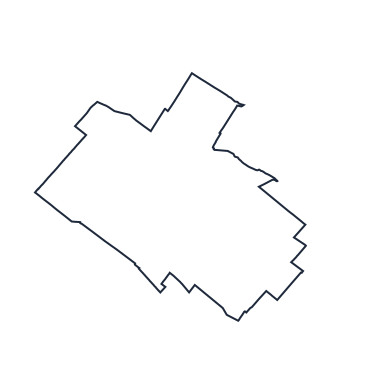 Redea, Olt, Romania (Robinson projection), rotated 30°
{"feature_id": "2599482B70526693367132", "entity_name": "Redea", "entity_type": "district", "adm_level": 2, "iso_a3": "ROU", "parent_name": "Romania", "parent_adm1": "Olt", "projection": "robinson", "projection_center": [24.25, 44.051], "detail": "fine", "context": "isolated", "style": "outline", "palette": "slate", "viewbox_px": 384, "rotation_deg": 30, "n_neighbors": 0, "source": "geoboundaries", "source_scale": "gbopen_adm2", "svg_char_len": 5436}
<svg xmlns="http://www.w3.org/2000/svg" viewBox="0 0 384 384"><g transform="rotate(30 192 192)"><path d="M296.4,280.4L296.5,280.1L296.6,279.1L296.6,278.3L296.6,277.4L296.8,275.1L297.0,272.8L297.1,270.4L297.1,269.7L297.2,269.3L297.3,269.1L297.5,269.0L297.8,268.9L299.3,269.2L300.5,263.3L301.4,261.8L302.6,255.7L303.4,251.5L305.8,240.6L311.6,241.5L312.9,241.8L319.8,242.9L321.3,235.0L323.9,221.3L326.6,207.4L326.7,207.2L326.8,207.2L327.4,207.1L327.7,204.9L313.0,203.2L313.7,200.6L313.8,200.4L314.8,196.2L315.0,194.6L315.3,193.7L317.5,181.6L316.7,181.3L303.0,180.4L304.0,175.7L306.5,163.6L303.7,163.2L299.8,162.5L294.8,161.7L291.1,161.1L285.7,160.4L247.3,154.0L250.6,149.1L255.1,141.9L255.5,141.3L255.8,141.0L256.1,140.8L256.6,140.5L257.2,140.3L257.9,140.2L259.1,140.3L259.9,140.3L260.2,140.2L260.5,139.8L260.4,139.7L260.2,139.7L259.3,139.5L258.7,139.4L257.6,139.1L256.7,138.8L255.8,138.8L253.0,138.7L252.8,138.7L251.5,138.7L250.1,138.7L247.7,138.9L246.4,139.1L246.1,139.1L245.6,139.0L245.0,138.9L244.3,138.9L242.8,138.8L242.5,138.8L242.2,138.9L241.4,139.2L241.0,139.2L240.2,139.1L239.2,139.0L238.9,139.1L238.6,139.4L238.4,139.9L238.1,140.2L237.9,140.4L237.4,140.6L237.0,140.8L236.5,140.9L235.9,141.0L235.6,141.1L235.2,141.1L233.5,141.2L232.9,141.3L231.2,141.5L230.3,141.6L228.9,141.7L227.6,141.7L227.1,141.7L225.2,141.5L222.4,141.4L221.4,141.2L220.7,141.1L220.2,141.0L219.1,140.6L218.2,140.4L217.6,140.3L216.9,140.2L216.3,140.1L216.0,140.0L215.5,139.7L214.6,139.3L214.3,139.2L214.0,139.3L213.5,139.4L212.1,139.8L211.7,139.9L211.3,139.9L211.1,139.8L210.6,139.5L209.9,139.0L209.0,138.4L208.8,138.3L207.2,138.4L204.7,138.5L203.9,138.5L203.4,138.6L203.0,138.6L202.6,138.5L190.3,144.3L189.9,144.0L189.4,144.0L189.2,143.9L189.2,143.3L189.1,143.2L187.8,143.0L187.7,142.8L187.7,142.3L187.6,141.7L187.5,140.8L187.6,137.2L187.6,136.8L187.4,136.5L187.4,136.0L187.5,130.2L187.6,127.3L187.5,127.0L187.1,127.0L186.3,127.0L186.5,124.3L186.8,121.2L186.9,119.4L187.1,114.4L187.6,101.8L187.7,101.0L187.8,99.4L187.9,97.1L187.9,94.6L189.0,94.2L191.5,93.4L192.0,93.2L192.3,92.8L192.6,92.4L192.9,91.6L193.3,90.8L192.7,90.9L191.5,91.3L190.7,91.5L189.8,91.7L188.5,91.9L188.1,91.8L187.6,91.7L186.5,91.3L186.4,91.3L185.7,91.5L183.8,92.2L181.8,91.7L180.9,91.5L178.5,91.0L178.2,91.0L175.8,91.2L175.5,91.1L174.7,90.9L174.0,90.8L165.8,90.4L158.8,90.3L147.4,89.8L146.0,89.8L140.6,89.6L132.5,89.2L132.4,91.0L132.3,95.8L132.2,98.3L132.0,101.7L131.9,105.0L131.8,112.7L131.6,116.8L131.5,119.7L131.4,122.5L131.1,127.9L130.8,131.8L130.8,132.6L130.6,134.0L127.1,133.4L126.9,133.6L126.2,151.1L125.9,159.7L125.9,159.9L120.2,159.3L117.0,159.0L112.9,158.5L108.2,158.0L104.0,157.2L100.4,156.4L99.4,156.3L98.5,156.6L96.8,157.1L93.6,158.1L91.2,158.8L88.0,159.7L86.6,160.1L85.2,160.5L84.5,160.7L83.9,160.7L77.4,160.2L75.6,160.2L74.4,160.2L71.8,160.6L67.2,161.1L64.9,161.3L63.5,165.5L63.0,166.6L62.0,169.9L61.9,171.3L61.5,176.1L59.8,184.5L59.1,187.2L57.8,193.5L71.8,195.6L71.1,199.3L70.9,199.8L70.9,200.0L70.6,201.3L70.5,201.6L70.5,201.8L70.4,202.0L70.3,202.9L70.2,203.4L69.9,204.8L69.6,206.1L69.6,206.4L69.5,206.7L69.5,206.9L69.4,207.2L69.2,207.9L69.1,208.5L69.0,208.8L68.9,209.3L68.9,209.5L68.8,210.1L68.7,210.6L68.5,211.3L68.5,211.5L68.5,211.8L68.4,212.2L68.2,213.3L68.1,213.8L67.5,216.1L67.2,218.1L67.1,218.4L67.0,218.8L66.8,219.5L66.7,220.2L66.6,220.4L66.6,220.8L66.5,221.0L66.4,222.2L66.2,222.7L65.9,224.3L65.8,225.0L65.6,225.5L65.5,225.9L65.4,226.2L65.3,227.0L65.3,227.3L65.2,227.7L65.1,228.2L65.1,228.5L64.9,228.8L64.8,229.4L64.7,229.8L64.6,230.6L63.9,234.3L63.7,235.4L63.4,237.3L63.3,237.6L63.2,238.2L63.1,238.9L63.1,239.0L63.0,239.5L62.7,240.7L62.3,242.7L62.0,244.2L61.9,244.4L61.8,244.8L61.7,245.2L61.6,245.6L61.6,245.8L61.5,246.0L61.4,246.6L61.3,246.9L61.2,247.2L61.2,247.6L61.1,248.0L60.9,249.0L60.6,250.2L60.5,250.7L60.5,250.8L60.4,251.2L60.3,251.4L60.3,251.7L60.2,252.0L60.1,252.5L60.1,252.8L60.0,253.1L59.8,254.5L59.7,255.0L59.6,255.4L59.6,255.7L59.5,255.9L59.4,256.2L59.4,256.3L59.4,256.5L59.3,257.1L59.2,257.7L58.9,259.3L58.9,259.5L58.7,260.2L58.6,260.4L58.6,260.6L58.5,261.1L58.4,261.4L58.2,261.9L58.2,262.1L58.1,262.5L58.0,263.1L57.9,263.6L57.9,263.8L57.8,264.2L57.7,264.8L57.6,265.4L57.4,266.2L57.2,266.1L56.8,267.8L56.3,270.9L58.0,271.1L61.0,271.5L63.5,271.9L64.5,272.1L67.3,272.5L77.0,273.8L79.6,274.3L83.9,275.0L93.5,276.3L98.2,277.0L102.5,277.7L103.2,277.4L105.6,276.3L109.9,274.1L110.2,274.0L110.4,274.5L110.7,274.8L111.2,274.9L111.5,274.8L111.8,274.7L112.0,274.6L120.7,275.6L132.5,277.0L141.1,278.1L156.8,279.6L163.3,280.4L172.4,281.5L176.2,282.0L177.5,282.1L178.3,282.3L178.5,282.3L178.6,282.7L178.6,283.1L178.7,283.3L179.0,283.5L182.5,284.0L184.2,284.2L184.4,284.2L184.3,285.0L184.6,285.1L185.9,285.5L187.7,286.1L190.1,286.8L191.8,287.4L192.0,287.4L193.7,288.0L196.5,288.9L198.6,289.6L199.3,289.8L200.4,290.3L200.7,290.3L202.3,290.8L202.9,291.0L205.2,291.7L205.6,291.9L206.4,292.2L207.1,292.4L207.5,292.5L207.8,292.5L208.2,292.7L208.5,292.8L209.5,293.2L210.2,293.4L210.5,293.5L211.3,293.8L211.7,293.9L211.8,293.9L212.2,294.1L212.4,294.1L212.6,294.1L212.8,294.2L213.0,294.3L213.3,294.4L214.4,294.7L214.6,294.7L214.8,294.8L216.4,287.5L211.5,286.9L211.5,286.5L211.7,285.2L211.8,283.9L212.3,281.0L212.4,280.0L212.4,279.6L212.5,278.7L212.7,277.5L212.7,277.0L212.8,276.0L213.1,274.3L213.1,273.1L217.9,273.8L226.6,275.8L229.9,276.8L239.7,280.4L240.9,271.1L276.7,277.1L283.5,281.0L296.1,280.4L296.4,280.4Z" fill="none" stroke="#1e293b" stroke-width="2"/></g></svg>